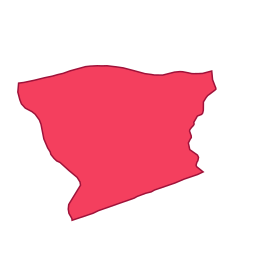 Canillá, Baja Verapaz, Guatemala (Equal Earth projection), rotated 74°
{"feature_id": "79465075B48890406696018", "entity_name": "Canillá", "entity_type": "district", "adm_level": 2, "iso_a3": "GTM", "parent_name": "Guatemala", "parent_adm1": "Baja Verapaz", "projection": "equal_earth", "projection_center": [-90.865, 15.202], "detail": "fine", "context": "isolated", "style": "filled", "palette": "rose", "viewbox_px": 256, "rotation_deg": 74, "n_neighbors": 0, "source": "geoboundaries", "source_scale": "gbopen_adm2", "svg_char_len": 1293}
<svg xmlns="http://www.w3.org/2000/svg" viewBox="0 0 256 256"><g transform="rotate(74 128 128)"><path d="M190.9,67.9L184.1,72.7L182.5,72.8L180.0,71.3L178.9,70.1L178.2,69.6L175.7,68.3L173.2,68.7L165.8,74.6L159.0,74.1L155.9,71.3L154.7,69.8L153.0,69.4L148.0,69.7L146.7,69.1L145.2,67.1L144.5,66.0L144.0,65.1L143.1,63.9L142.4,63.4L140.7,63.2L135.6,58.0L135.2,53.5L134.2,52.1L131.7,50.7L123.7,48.3L120.3,44.6L118.8,42.5L115.6,34.1L114.9,32.8L113.7,32.6L111.8,32.8L104.9,33.4L96.3,31.8L96.1,41.2L95.2,45.0L93.9,49.8L93.2,51.9L91.7,54.6L89.0,59.9L88.1,62.5L87.1,67.9L86.7,80.1L84.3,88.1L83.0,90.8L80.4,96.8L74.4,106.7L68.9,116.0L66.9,120.4L65.7,123.1L64.8,125.3L62.4,131.0L61.1,136.0L59.7,140.4L58.1,147.3L57.3,151.9L57.1,168.0L57.6,175.3L57.3,180.9L57.3,186.4L56.7,194.2L56.3,204.8L55.5,215.6L54.7,220.8L63.1,224.0L71.0,224.2L75.4,223.8L80.5,221.3L81.2,220.6L85.8,215.8L89.2,213.4L95.8,211.0L100.4,210.6L115.3,211.9L125.0,210.7L129.4,209.4L132.2,209.4L136.8,207.5L140.0,205.6L142.4,202.8L152.7,196.4L161.4,190.5L166.7,189.0L169.9,189.4L184.1,204.9L185.3,206.1L189.5,207.8L193.8,208.3L199.5,206.9L201.3,207.2L200.3,184.9L199.3,179.3L197.1,141.4L196.3,138.0L195.6,129.0L195.8,123.3L194.9,119.5L193.8,97.9L192.6,88.2L191.9,73.9L190.9,67.9Z" fill="#f43f5e" stroke="#9f1239" stroke-width="1.5"/></g></svg>